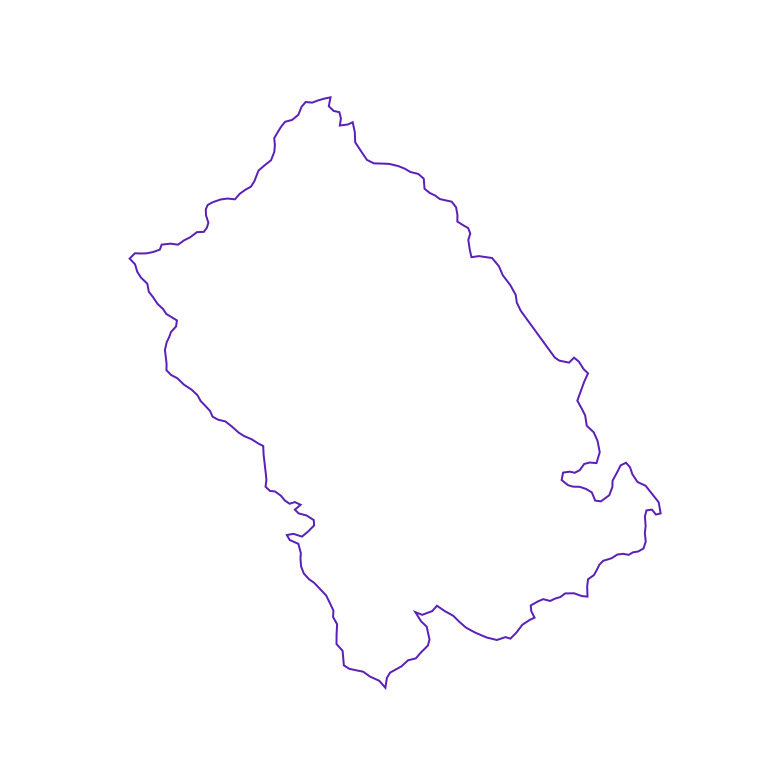 Porto Feliz, São Paulo, Brazil, rotated 151°
{"feature_id": "56859067B51495796680822", "entity_name": "Porto Feliz", "entity_type": "district", "adm_level": 2, "iso_a3": "BRA", "parent_name": "Brazil", "parent_adm1": "São Paulo", "projection": "natural_earth1", "projection_center": [-47.516, -23.238], "detail": "fine", "context": "isolated", "style": "outline", "palette": "violet", "viewbox_px": 768, "rotation_deg": 151, "n_neighbors": 0, "source": "geoboundaries", "source_scale": "gbopen_adm2", "svg_char_len": 3393}
<svg xmlns="http://www.w3.org/2000/svg" viewBox="0 0 768 768"><g transform="rotate(151 384 384)"><path d="M284.5,628.1L289.8,628.5L297.3,631.5L292.9,637.2L291.3,643.4L295.7,647.3L297.6,653.7L291.8,660.7L298.1,662.6L304.8,664.1L310.4,664.9L315.8,668.6L321.6,666.5L328.4,661.0L336.3,659.5L343.4,661.3L350.1,658.5L355.1,655.6L360.8,652.3L363.6,645.9L367.3,640.3L374.3,634.5L382.7,633.1L390.3,631.5L399.1,624.2L404.7,621.1L411.1,621.1L418.0,620.3L424.8,617.8L431.0,622.1L437.5,624.6L445.4,626.0L451.3,626.1L455.1,623.3L457.9,617.9L459.4,610.2L463.1,606.6L467.8,604.4L474.0,607.5L482.4,606.3L489.1,606.6L496.6,605.7L502.6,610.2L510.9,613.7L514.9,610.2L522.1,611.4L528.1,613.3L533.0,615.8L538.5,619.1L545.7,617.0L543.7,609.4L545.4,601.8L545.0,595.1L542.4,586.5L545.0,578.6L543.9,572.0L543.2,563.7L540.9,556.8L540.4,550.7L534.3,540.0L538.0,535.1L545.0,532.8L549.0,529.3L553.9,525.8L559.1,520.0L564.3,507.2L567.6,501.5L565.8,495.0L562.0,489.3L559.2,480.2L555.1,472.5L552.6,464.7L552.6,457.9L550.8,451.3L549.2,444.6L549.8,438.5L546.3,433.1L540.9,428.2L537.8,420.9L534.6,411.8L531.5,406.1L526.6,399.9L522.6,392.6L519.7,388.3L523.6,380.5L526.2,374.1L528.4,368.9L530.7,363.2L533.3,357.2L537.4,351.6L535.6,345.8L531.4,342.8L528.4,336.5L527.2,330.1L524.6,325.0L519.3,324.0L515.5,318.8L522.9,317.3L521.3,312.1L515.5,306.6L511.4,299.0L513.7,294.2L521.8,291.8L529.7,290.3L535.9,296.9L542.2,299.0L542.1,293.3L536.4,285.7L538.7,276.5L541.9,271.4L545.0,264.5L546.0,257.1L544.2,249.5L541.5,244.1L539.2,235.2L537.1,227.0L537.6,217.6L538.1,210.3L541.5,204.9L541.5,196.6L546.8,188.1L551.6,179.6L549.6,170.6L555.5,157.4L552.4,151.7L546.8,146.8L541.7,142.5L538.1,134.9L532.0,126.7L530.1,117.6L523.9,125.6L518.6,128.6L513.7,128.6L505.6,128.6L496.9,130.7L489.2,128.6L482.7,131.0L472.4,134.0L468.1,138.4L464.3,151.1L466.6,158.4L467.2,169.3L462.5,163.6L451.9,162.0L445.2,164.4L441.1,156.2L435.8,147.7L433.5,139.8L430.5,131.4L427.4,126.4L424.0,121.3L417.0,112.4L409.4,105.4L400.4,103.7L396.9,100.0L388.7,102.4L379.6,106.4L370.9,107.0L365.6,106.7L365.3,114.0L363.0,119.2L354.6,119.2L349.0,118.6L343.9,113.7L338.6,113.4L333.0,112.2L327.1,113.0L319.2,108.8L313.9,102.7L309.1,99.4L304.4,108.5L300.2,114.3L293.0,115.1L288.0,118.2L283.3,121.5L278.0,123.1L269.6,121.3L262.5,121.7L257.1,119.5L252.8,115.9L248.0,116.1L242.9,114.3L236.8,114.3L231.4,119.4L228.2,127.1L224.1,132.8L220.0,141.7L215.7,146.2L210.5,144.2L209.5,138.0L204.8,136.7L201.1,147.4L204.5,168.1L209.8,175.4L210.5,184.8L209.2,191.8L210.5,197.8L216.5,198.1L223.6,193.3L230.9,188.7L234.2,183.2L240.9,177.5L251.1,176.2L255.8,179.6L254.8,188.4L258.1,194.2L262.8,199.3L268.5,202.6L272.1,206.3L275.2,213.9L270.3,219.7L264.1,217.3L260.2,213.9L254.7,213.7L247.7,217.0L242.2,215.6L236.5,211.8L228.4,219.7L224.8,230.7L224.0,240.1L226.9,249.2L223.3,259.0L223.0,266.6L223.0,275.7L215.4,282.3L207.6,289.1L200.4,294.4L202.2,300.3L202.7,309.1L205.0,314.9L211.8,313.0L219.3,319.4L221.8,324.3L228.9,381.7L228.4,390.8L225.6,398.1L225.6,409.4L227.4,421.5L226.4,431.2L228.4,441.8L233.3,445.5L238.9,449.8L246.0,452.5L244.0,459.5L240.4,469.2L235.6,473.8L234.8,479.6L237.8,484.5L241.1,490.5L237.8,496.3L235.3,503.6L236.4,510.6L245.5,518.7L247.8,523.9L251.3,528.8L253.9,535.1L249.7,544.3L252.1,551.0L258.2,556.7L261.2,561.9L265.6,567.4L272.5,573.8L277.8,577.1L285.9,581.9L290.3,588.3L291.1,597.6L292.0,609.4L287.4,618.5L284.5,628.1Z" fill="none" stroke="#5b21b6" stroke-width="2"/></g></svg>